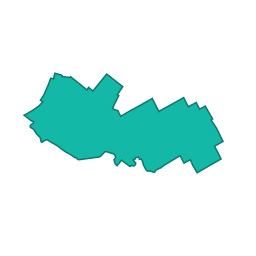 Lisa, Teleorman, Romania, rotated 130°
{"feature_id": "2599482B42083159731508", "entity_name": "Lisa", "entity_type": "district", "adm_level": 2, "iso_a3": "ROU", "parent_name": "Romania", "parent_adm1": "Teleorman", "projection": "equal_earth", "projection_center": [25.161, 43.763], "detail": "fine", "context": "isolated", "style": "filled", "palette": "teal", "viewbox_px": 256, "rotation_deg": 130, "n_neighbors": 0, "source": "geoboundaries", "source_scale": "gbopen_adm2", "svg_char_len": 5092}
<svg xmlns="http://www.w3.org/2000/svg" viewBox="0 0 256 256"><g transform="rotate(130 128 128)"><path d="M161.4,118.3L163.8,114.5L163.9,112.1L156.9,112.3L156.2,101.7L155.7,101.6L154.6,101.2L154.1,100.7L153.8,99.7L153.1,99.0L151.3,98.7L149.9,99.5L149.4,102.5L149.4,103.3L148.6,103.7L147.9,102.9L147.4,102.6L146.0,103.0L143.7,101.5L143.6,100.8L144.6,99.2L144.2,98.4L143.4,97.9L143.7,96.3L146.4,92.4L148.5,87.3L148.6,86.0L148.1,84.9L146.9,83.6L145.2,79.7L144.9,79.4L144.5,79.2L142.7,79.5L142.0,79.4L138.3,77.8L137.7,77.3L136.7,77.1L135.7,76.9L135.2,76.8L132.2,76.0L120.4,71.9L115.7,70.3L118.9,62.5L115.0,61.0L112.3,59.9L115.3,53.6L115.6,52.6L115.9,51.8L117.9,46.3L113.7,44.8L104.7,41.5L103.8,41.2L96.6,38.5L91.9,36.8L90.1,40.9L88.6,44.3L86.4,50.0L77.2,46.6L71.3,59.9L68.5,69.5L66.6,69.0L64.1,76.2L61.5,82.9L63.7,83.7L67.6,85.3L64.6,92.2L66.1,92.7L73.0,95.5L71.8,98.3L68.9,104.9L81.9,109.8L95.3,115.0L95.5,115.0L92.6,121.8L92.3,122.5L89.8,128.4L90.0,128.4L95.4,130.5L96.1,130.8L96.9,131.1L102.9,133.3L105.2,134.2L108.0,135.3L114.2,137.7L122.5,140.7L123.8,141.1L123.3,142.2L122.9,143.1L122.8,143.5L122.3,144.6L122.1,145.1L121.9,145.4L121.7,145.7L121.3,146.5L121.3,146.9L121.3,147.2L121.5,147.8L121.6,148.1L121.7,148.3L121.8,148.4L121.9,148.6L122.1,148.9L122.2,149.1L122.3,149.2L122.3,149.5L122.5,149.9L122.5,150.2L122.6,150.5L122.8,151.2L122.9,152.0L123.0,152.3L122.5,152.4L122.0,152.6L121.8,152.6L121.5,152.7L121.2,152.8L120.7,153.0L120.3,153.1L119.8,153.3L119.5,153.5L119.3,153.5L109.1,155.9L109.4,157.5L99.7,158.6L99.7,158.9L100.2,174.3L100.4,179.0L119.3,178.7L121.7,178.7L122.3,178.7L122.2,180.5L122.2,182.6L122.1,183.9L122.1,184.3L124.6,183.9L125.2,183.8L125.3,190.0L125.6,204.2L125.6,204.6L125.9,204.6L125.9,204.9L126.0,204.9L126.2,205.0L126.4,205.1L126.5,205.1L126.8,205.4L126.9,205.5L127.2,205.9L127.5,206.3L128.0,207.0L128.4,207.5L128.8,208.0L128.8,207.9L128.8,208.0L128.9,208.8L129.1,209.0L129.3,209.3L129.5,209.5L129.8,209.6L130.1,210.0L130.4,210.4L130.5,210.6L130.5,210.8L130.7,211.2L130.8,211.3L130.8,211.5L130.7,211.6L130.4,211.6L130.2,211.8L130.2,212.1L130.3,212.4L130.3,212.7L130.3,212.9L130.3,213.2L133.0,219.2L133.8,218.8L136.0,217.8L138.3,216.6L138.9,217.9L139.5,219.2L140.9,218.8L143.1,217.9L148.1,216.2L150.5,215.6L153.6,214.6L157.1,213.6L163.0,213.0L162.9,210.0L168.8,210.5L175.8,212.4L181.8,214.5L185.0,215.8L184.7,208.3L184.6,207.8L184.7,207.7L184.7,207.4L184.6,207.0L184.6,206.9L184.5,206.7L184.5,206.3L184.5,206.1L184.4,205.8L184.3,205.3L184.1,205.3L184.0,204.8L184.0,204.6L183.9,204.1L184.0,203.9L184.6,203.8L184.8,203.7L185.1,203.7L185.5,203.7L185.8,203.6L186.0,203.6L186.2,203.8L186.3,204.0L186.5,204.0L186.8,204.1L187.0,204.1L187.2,204.3L187.4,204.3L187.8,204.3L188.4,204.4L188.8,204.4L189.0,204.4L189.3,204.3L189.4,204.2L189.5,204.2L189.9,203.8L190.0,203.7L190.1,203.4L190.2,203.2L190.2,202.8L190.1,202.6L190.1,202.3L190.0,202.2L190.0,201.8L189.9,201.6L189.9,201.2L189.8,200.8L189.8,200.6L189.7,200.1L189.7,199.8L189.7,199.4L189.8,199.2L189.9,198.8L189.9,198.6L190.0,198.5L190.1,198.2L190.2,197.7L190.4,197.3L190.4,197.0L190.5,196.8L190.6,196.4L190.8,195.8L191.0,195.3L191.0,195.1L191.1,194.9L191.2,194.5L191.3,194.4L191.3,194.0L191.4,193.2L191.4,192.5L191.6,191.6L191.7,190.6L191.7,190.1L191.8,189.5L191.9,188.9L191.9,188.7L192.0,188.6L192.1,188.4L192.3,188.2L192.8,187.7L193.3,187.2L193.7,186.7L193.9,186.5L194.0,186.3L194.1,186.0L194.3,185.7L194.4,185.3L194.5,185.1L194.5,184.9L194.3,184.7L194.2,184.7L193.8,184.6L193.5,184.5L193.1,184.4L192.2,184.1L191.4,183.8L191.0,183.6L190.3,183.3L190.0,183.2L189.3,182.9L189.2,182.7L189.0,182.1L188.8,180.7L188.6,179.5L188.5,178.8L188.3,177.9L188.1,176.5L188.0,175.8L187.8,174.8L187.7,174.2L187.5,173.5L187.4,172.8L187.3,172.3L187.3,172.1L187.2,171.4L187.0,170.4L187.0,169.6L186.9,169.0L186.9,168.6L186.9,168.0L186.9,166.8L186.8,165.4L186.7,164.5L186.7,163.9L186.7,163.3L186.6,162.6L186.6,162.1L186.5,161.7L186.4,160.7L186.3,159.8L186.1,158.8L186.0,158.3L185.9,158.1L185.8,157.3L185.7,156.9L185.6,156.4L185.4,155.3L185.3,154.4L185.1,152.6L185.0,151.6L185.0,150.9L185.0,150.7L184.9,149.7L184.7,149.3L184.3,148.9L184.1,148.5L184.0,148.3L184.0,148.2L184.0,147.9L184.1,147.6L184.2,147.3L184.3,147.0L184.3,146.8L184.4,146.6L184.4,146.3L184.2,145.9L184.0,145.5L183.9,145.3L183.6,145.0L183.2,144.6L182.5,144.0L182.0,143.5L181.6,143.1L181.3,142.8L180.7,142.3L179.1,140.9L177.6,139.5L175.0,137.1L174.4,136.6L172.4,134.8L171.4,133.8L170.3,132.9L170.2,132.8L170.1,132.6L169.8,132.3L169.5,132.1L169.3,131.9L169.1,131.7L168.8,131.5L168.5,131.3L168.3,131.2L168.0,131.1L167.5,131.0L167.2,130.9L166.9,130.8L166.7,130.8L166.2,130.8L165.8,130.7L164.9,130.7L163.7,130.6L162.8,130.5L161.9,130.5L161.6,130.4L161.3,130.3L161.1,130.3L160.8,130.1L160.6,129.9L160.3,129.7L160.2,129.6L160.0,129.4L159.9,129.1L159.8,128.9L159.6,128.5L159.4,127.9L159.0,127.0L158.7,126.4L158.5,125.8L157.6,123.6L157.4,123.1L157.1,122.4L157.1,122.2L157.0,121.8L157.0,121.5L157.0,121.2L157.1,120.7L157.3,120.3L157.5,120.1L157.6,119.9L157.9,119.6L158.2,119.2L158.4,118.9L158.7,118.4L158.9,118.3L161.4,118.3Z" fill="#14b8a6" stroke="#0f766e" stroke-width="1.5"/></g></svg>